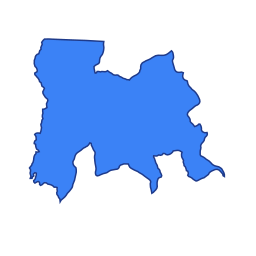 outline of Águas Vermelhas, Minas Gerais, Brazil, rotated 278°
{"feature_id": "56859067B86331231405573", "entity_name": "Águas Vermelhas", "entity_type": "district", "adm_level": 2, "iso_a3": "BRA", "parent_name": "Brazil", "parent_adm1": "Minas Gerais", "projection": "mercator", "projection_center": [-41.555, -15.724], "detail": "fine", "context": "isolated", "style": "filled", "palette": "blue", "viewbox_px": 256, "rotation_deg": 278, "n_neighbors": 0, "source": "geoboundaries", "source_scale": "gbopen_adm2", "svg_char_len": 5745}
<svg xmlns="http://www.w3.org/2000/svg" viewBox="0 0 256 256"><g transform="rotate(278 128 128)"><path d="M200.8,30.6L199.1,31.4L197.2,30.9L195.5,30.5L193.8,30.9L192.3,29.8L190.6,29.6L189.1,29.3L188.2,27.7L186.8,26.7L185.6,26.3L184.1,26.3L182.0,25.8L180.5,26.0L178.7,26.2L177.3,26.8L176.0,27.4L175.1,28.7L173.9,29.5L172.6,30.1L171.1,30.1L169.4,28.0L167.8,28.4L167.1,29.4L166.0,30.5L164.8,32.0L163.2,33.3L161.6,34.0L160.8,35.6L158.8,36.4L157.3,37.1L156.8,38.4L155.7,39.7L153.8,39.2L152.1,38.6L150.5,39.0L149.2,39.9L148.2,40.8L147.2,41.6L146.2,42.9L145.4,44.3L144.0,44.8L142.3,44.4L140.7,43.9L138.9,44.3L136.9,44.9L136.0,43.7L135.1,42.6L134.7,40.9L132.6,41.2L130.8,41.7L129.0,41.4L127.1,41.6L125.3,42.5L123.9,41.7L122.7,41.7L121.0,41.7L119.6,41.2L118.1,41.6L116.5,42.3L114.7,42.3L112.8,42.2L110.5,41.7L110.6,40.2L110.4,38.7L109.6,37.2L108.6,36.5L106.7,38.1L105.3,38.4L103.6,38.8L102.3,37.6L100.8,37.2L99.5,37.3L99.0,38.8L97.6,39.0L96.0,39.6L94.4,40.5L93.6,42.2L92.2,43.3L91.6,42.0L91.5,40.2L89.7,40.4L88.5,39.5L86.9,39.0L85.0,38.9L83.2,39.0L80.6,38.7L79.3,38.0L77.7,37.8L76.3,36.9L74.7,36.0L73.3,37.2L71.7,37.5L69.8,37.3L68.2,37.9L66.8,38.6L64.5,38.2L64.8,40.0L66.3,40.2L67.4,41.4L69.3,40.7L70.8,42.0L70.5,43.5L68.4,43.7L66.7,43.4L65.3,43.3L64.0,42.9L62.8,41.9L61.5,42.2L60.5,43.5L61.7,45.0L62.6,46.4L62.1,47.6L61.1,48.2L59.8,48.3L59.0,49.4L60.0,50.9L61.3,51.9L62.2,52.8L62.3,54.8L61.3,56.4L61.2,58.3L60.9,60.2L60.1,61.9L59.1,63.1L59.4,64.6L59.2,66.1L57.2,66.3L55.6,66.8L54.0,66.4L52.3,66.9L50.9,68.3L49.5,69.0L48.2,70.4L45.5,71.1L47.3,71.8L48.3,72.7L49.5,73.8L51.2,75.2L53.1,76.3L54.8,77.0L57.2,78.7L58.7,79.6L60.5,80.6L61.8,81.1L63.1,81.2L64.2,81.2L67.2,81.9L68.7,82.3L70.1,82.4L71.5,82.5L75.5,82.8L77.0,82.9L78.6,82.7L80.1,82.4L81.5,81.9L82.5,80.4L83.4,79.4L84.8,78.6L86.8,78.1L88.2,78.5L89.8,79.1L91.8,79.3L93.6,79.6L95.4,80.4L96.7,81.5L99.4,84.5L100.9,85.8L102.0,86.8L102.7,88.0L103.6,89.0L104.5,90.3L106.0,91.4L108.0,92.3L107.6,93.7L105.9,94.1L104.5,95.1L103.2,95.9L101.8,96.7L100.8,97.6L99.3,98.8L97.4,99.0L95.6,98.8L93.8,99.0L92.4,99.4L91.0,99.7L88.4,100.4L85.2,101.5L83.4,102.0L81.5,102.1L79.8,101.9L78.1,102.2L77.0,102.7L76.3,104.1L76.9,105.8L77.9,107.3L79.4,109.9L80.4,112.4L81.0,113.5L81.8,114.4L82.9,115.6L83.8,117.0L85.0,120.5L85.4,121.8L85.8,123.1L86.5,124.0L87.6,124.6L88.9,124.8L90.2,125.7L91.0,127.3L91.9,128.9L92.4,133.3L90.6,134.4L89.4,135.3L88.6,136.6L87.9,138.4L87.3,140.0L86.9,141.4L86.2,143.9L85.5,145.1L84.1,148.6L82.6,151.2L81.0,154.2L80.2,155.8L79.1,157.4L77.8,158.0L75.9,157.8L72.5,158.5L70.9,159.2L69.4,159.8L66.7,160.7L67.9,162.1L69.2,163.0L70.5,164.0L72.3,164.9L74.1,165.1L76.0,164.7L77.9,164.4L80.1,164.5L81.8,164.8L82.8,165.4L83.5,166.5L84.2,167.8L85.6,168.0L87.1,167.2L88.8,166.0L90.4,165.4L91.4,164.6L92.2,163.3L93.8,162.6L95.1,162.1L97.5,160.3L98.9,159.7L100.1,159.1L101.7,158.3L102.8,157.4L104.0,157.3L104.1,158.6L104.3,160.5L105.6,162.2L105.5,164.0L106.2,165.5L107.7,166.4L107.8,168.0L107.1,169.2L106.9,170.7L107.4,172.2L108.1,173.4L109.0,174.4L110.2,175.4L111.6,176.0L112.5,179.1L112.8,180.5L112.8,182.0L112.2,183.5L111.5,184.9L109.7,184.6L107.5,185.0L106.2,185.6L105.3,186.3L103.6,187.5L102.0,187.4L100.0,188.4L98.5,188.8L97.6,190.1L96.4,190.8L95.1,191.4L93.9,191.8L93.6,193.1L92.3,193.8L90.8,194.1L89.6,193.7L88.5,194.7L88.0,196.7L87.3,198.3L86.5,199.4L85.7,201.0L85.0,202.8L85.5,204.1L87.8,207.3L88.7,208.8L89.3,210.2L92.2,213.1L93.2,214.1L94.7,214.6L95.9,215.5L97.0,216.8L99.0,220.0L99.5,222.0L99.0,224.1L97.7,225.8L96.5,227.2L95.6,228.2L94.0,228.8L93.4,230.2L95.4,229.9L97.3,229.0L99.3,227.5L100.8,226.3L101.6,224.7L102.2,223.3L102.5,220.3L102.7,219.0L103.2,217.6L104.0,216.2L105.1,214.9L106.5,213.0L108.1,209.5L108.9,208.3L109.7,206.7L110.6,203.9L111.6,203.2L113.0,203.0L114.4,202.8L115.7,202.7L117.1,202.9L118.9,202.9L120.3,202.4L122.0,202.7L123.5,203.5L124.6,204.3L126.2,205.1L128.2,205.3L129.5,205.7L130.7,206.6L131.6,207.2L133.1,207.4L134.5,206.9L134.2,205.7L134.0,204.3L134.8,202.1L136.2,201.0L137.7,200.8L138.9,200.5L140.4,199.8L141.9,198.6L141.6,197.4L140.6,196.8L139.6,195.5L138.7,193.8L140.7,191.8L141.4,190.8L142.0,189.8L143.1,188.7L144.7,188.4L145.8,187.9L147.4,186.6L148.5,185.4L149.6,184.9L151.3,185.0L152.6,185.7L153.8,186.5L155.0,187.7L156.3,189.0L157.7,190.2L158.9,191.3L159.7,192.2L160.3,193.3L161.4,194.5L162.8,195.3L164.2,195.5L166.0,195.0L167.6,194.0L169.2,193.0L170.2,192.2L171.2,191.3L172.4,190.2L173.7,188.6L175.2,185.9L176.1,185.0L178.0,182.6L179.3,181.6L180.6,180.9L181.9,180.5L183.0,179.9L183.3,178.0L184.3,176.2L185.7,175.3L186.9,174.9L188.4,174.9L190.4,175.1L190.8,173.3L190.3,171.4L190.1,169.7L190.3,168.5L190.9,167.4L192.2,166.2L193.8,165.5L195.2,164.9L199.0,163.2L200.1,162.8L201.5,162.6L202.7,163.1L203.9,163.3L205.6,163.0L207.5,162.4L208.6,162.0L209.7,161.3L210.5,160.3L207.8,157.8L206.8,156.7L205.9,155.5L205.3,154.2L204.9,153.1L204.6,151.1L204.2,147.7L203.4,145.3L202.2,143.7L200.9,142.0L199.8,140.8L198.8,139.4L196.9,136.2L196.0,135.2L195.3,134.1L194.3,133.0L192.4,132.1L190.7,132.0L189.4,132.2L188.2,132.3L186.9,131.8L184.9,131.6L183.4,130.6L182.0,129.2L180.0,126.3L178.6,124.7L177.1,123.5L175.7,122.8L175.9,121.5L175.7,120.1L176.2,118.9L176.4,117.5L176.6,116.2L177.1,115.1L177.6,113.8L177.9,112.3L178.8,111.3L179.0,109.8L178.5,107.9L178.7,106.0L179.5,104.8L180.1,103.6L180.5,102.3L181.1,101.1L181.9,99.8L180.8,98.4L180.5,97.2L180.3,94.2L179.7,92.9L179.9,91.4L179.7,89.6L178.3,89.1L177.8,87.9L178.8,87.3L180.2,86.9L182.0,86.2L184.1,85.8L185.6,87.0L186.8,88.7L187.8,90.0L189.0,90.5L190.2,90.5L191.4,90.4L193.4,90.5L195.1,91.1L196.3,91.8L197.5,92.4L199.3,92.8L201.1,93.0L202.8,93.0L204.3,92.9L207.3,92.1L208.7,92.0L210.3,92.0L208.8,74.0L207.1,57.8L205.4,40.6L205.1,37.1L204.4,32.9L203.0,31.8L200.8,30.6Z" fill="#3b82f6" stroke="#1e3a8a" stroke-width="1.5"/></g></svg>